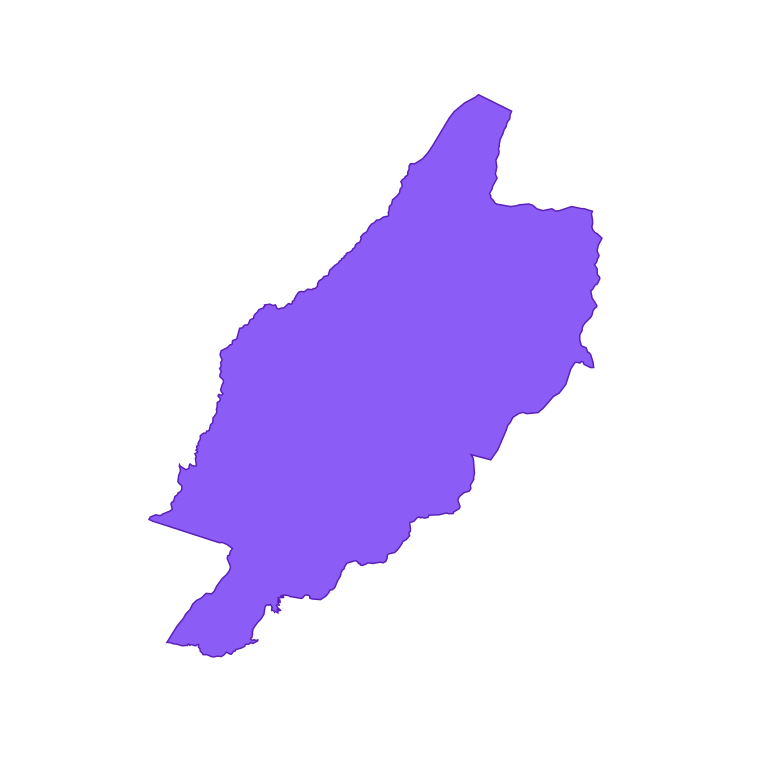 Guachipas, Salta, Argentina, rotated 12°
{"feature_id": "61730980B8942789897843", "entity_name": "Guachipas", "entity_type": "district", "adm_level": 2, "iso_a3": "ARG", "parent_name": "Argentina", "parent_adm1": "Salta", "projection": "orthographic", "projection_center": [-65.567, -25.704], "detail": "fine", "context": "isolated", "style": "filled", "palette": "violet", "viewbox_px": 768, "rotation_deg": 12, "n_neighbors": 0, "source": "geoboundaries", "source_scale": "gbopen_adm2", "svg_char_len": 6164}
<svg xmlns="http://www.w3.org/2000/svg" viewBox="0 0 768 768"><g transform="rotate(12 384 384)"><path d="M200.8,505.6L200.9,507.3L202.3,509.1L202.9,511.6L202.2,516.4L202.6,521.9L203.5,523.3L207.5,525.8L208.0,529.0L207.6,531.2L205.1,533.5L204.9,535.3L202.8,537.6L202.6,542.1L200.9,544.1L200.6,545.7L202.9,550.5L201.3,552.6L194.2,557.5L193.6,558.6L191.8,559.4L187.9,559.4L182.9,562.9L182.3,565.4L186.7,566.3L255.8,573.5L259.0,572.6L263.7,573.6L269.9,576.4L268.4,580.1L268.5,583.4L266.9,584.4L266.9,587.3L271.2,593.5L272.0,595.9L271.5,598.8L269.5,603.4L266.2,607.9L262.4,616.4L261.1,621.9L259.0,625.1L253.5,625.8L249.8,631.4L245.7,634.6L242.7,639.0L241.1,645.2L237.9,650.2L236.5,655.0L231.8,664.2L225.4,681.9L229.0,681.4L231.6,681.9L235.6,681.5L241.0,682.0L246.2,680.5L246.3,679.4L247.0,678.9L248.2,679.9L250.2,678.9L253.3,679.3L254.5,679.1L254.7,678.3L256.8,677.4L257.2,679.9L258.9,681.2L259.9,683.7L261.8,684.7L263.3,686.3L267.3,685.6L272.1,686.6L274.4,686.3L277.7,684.8L281.6,684.4L284.1,681.8L285.5,679.1L289.7,680.2L291.0,679.9L292.3,676.9L293.9,676.1L294.4,674.5L299.1,672.1L302.2,669.7L302.6,667.5L306.0,666.5L307.2,664.8L309.8,665.0L313.8,661.6L313.7,660.6L312.1,661.5L310.2,661.1L308.3,662.1L306.5,661.4L306.5,660.5L307.5,659.3L307.3,655.2L306.5,653.8L307.0,652.9L306.7,651.6L307.9,648.0L310.0,643.4L312.5,639.5L314.4,634.4L314.0,627.0L314.5,625.3L315.7,624.1L317.3,624.4L318.8,623.3L321.2,625.8L320.8,626.4L321.2,628.9L322.9,628.4L324.4,629.9L324.6,629.3L325.9,629.3L327.8,629.9L327.4,628.1L329.8,627.0L329.4,626.5L326.4,627.0L326.4,626.4L327.9,626.1L328.0,625.7L327.2,625.5L324.7,622.9L325.8,621.8L327.2,622.3L327.5,621.9L325.1,618.7L325.3,617.5L325.9,617.5L327.2,619.2L327.8,619.1L327.0,616.8L325.1,615.9L324.9,615.0L327.7,614.4L327.0,613.2L327.7,612.2L328.3,612.3L328.9,614.0L329.9,613.9L330.2,613.4L329.3,612.4L329.5,611.3L334.4,610.8L336.4,611.4L348.0,610.9L349.0,609.9L350.5,607.0L352.2,606.4L355.3,606.6L356.1,609.0L358.6,609.2L366.8,608.1L371.3,603.5L373.3,599.6L374.0,596.8L376.2,596.0L378.2,593.4L379.6,585.7L381.3,580.9L381.2,577.6L382.1,574.6L383.4,573.0L383.5,570.9L385.0,566.9L392.8,562.7L394.9,563.3L396.4,564.9L397.8,564.5L398.5,566.0L400.7,565.9L404.2,563.6L405.2,562.3L410.7,561.8L417.2,559.1L420.3,559.1L422.6,557.2L423.3,553.9L422.8,550.8L423.7,549.3L429.5,546.6L431.7,543.4L434.4,537.4L435.2,534.2L438.2,531.5L440.6,527.0L439.2,524.6L440.4,522.5L440.0,519.9L438.1,515.2L438.3,514.0L441.7,512.2L444.3,507.8L446.1,506.7L447.5,507.4L449.0,506.5L451.2,506.8L454.6,505.5L455.4,502.9L465.0,500.5L471.8,497.2L474.3,497.4L478.5,496.4L478.9,494.5L483.1,490.7L483.9,489.1L483.7,487.8L480.6,482.7L480.4,480.9L481.1,478.5L484.8,473.7L489.7,471.0L490.7,468.2L489.6,465.3L489.7,464.3L491.6,458.7L491.0,455.9L491.1,452.8L487.5,440.3L486.3,437.5L483.9,435.0L504.2,436.0L509.0,424.6L513.2,403.4L513.5,399.2L515.5,395.3L517.0,389.8L521.8,385.0L525.5,382.9L530.0,383.3L540.7,379.9L544.9,374.3L552.3,361.0L557.3,356.4L561.9,346.7L563.6,330.4L566.3,323.2L569.4,322.5L570.6,322.9L571.7,322.4L572.3,320.9L574.7,321.3L575.0,322.6L575.9,323.3L582.6,325.0L585.7,324.3L584.0,319.4L580.0,312.2L577.9,310.6L576.6,310.5L574.2,306.5L569.1,305.6L566.3,300.3L565.3,295.2L566.7,290.4L566.2,288.3L566.8,285.1L567.8,282.7L572.5,275.5L573.2,272.8L573.1,269.6L574.1,266.5L576.0,264.3L575.8,262.9L569.6,256.5L566.9,249.8L568.3,248.2L569.9,243.4L571.9,241.8L573.2,236.2L572.6,234.6L569.8,232.5L568.6,227.1L565.1,223.4L566.2,221.7L566.8,219.3L566.6,217.7L567.4,215.8L567.6,213.5L564.7,209.5L564.8,203.6L566.9,196.1L561.1,192.5L558.9,192.0L556.4,190.1L554.6,187.0L554.8,184.3L553.9,180.2L551.5,174.3L552.0,171.7L543.0,170.9L541.2,171.4L530.6,171.4L519.5,178.0L516.0,179.2L511.8,177.7L503.3,181.4L497.1,180.9L492.5,178.3L488.1,177.8L478.6,180.8L476.9,182.0L471.0,184.1L457.1,184.6L454.9,184.0L452.9,181.8L449.5,179.4L449.4,177.8L447.6,175.7L449.2,170.6L449.2,167.8L451.7,159.6L451.6,158.7L449.3,155.6L449.2,148.2L446.9,141.9L448.4,135.4L448.3,133.3L447.0,129.5L447.4,127.4L446.9,125.7L446.8,120.4L448.3,114.3L448.6,110.1L449.9,107.2L450.0,102.5L451.9,98.6L451.4,94.5L452.1,90.6L416.3,81.4L413.8,84.4L404.4,92.3L395.9,103.1L392.6,110.1L381.9,141.2L378.9,148.6L375.0,155.6L368.5,162.0L364.1,163.1L363.2,165.7L363.9,168.5L363.2,171.9L363.7,173.9L363.5,175.0L361.5,177.0L361.7,178.0L359.9,179.8L358.4,182.6L359.8,184.3L360.8,187.1L359.3,190.0L359.4,193.9L357.3,197.9L354.0,202.1L354.1,206.8L352.7,208.4L352.3,209.8L352.9,213.4L352.5,215.4L353.4,217.6L353.1,219.0L348.9,220.7L345.3,224.4L342.7,225.2L340.8,228.4L338.5,230.2L336.5,234.5L335.6,238.6L332.6,241.4L330.6,245.0L331.4,246.5L330.9,250.2L328.4,252.1L327.3,253.8L327.0,256.8L325.4,258.3L325.0,260.0L323.0,262.2L320.8,263.3L319.9,264.7L320.0,266.1L318.5,267.2L318.6,268.8L316.5,270.2L316.5,271.6L314.7,273.3L314.4,275.0L311.0,278.6L307.3,283.9L306.8,289.6L302.9,291.3L301.9,293.8L299.1,296.6L298.3,299.3L298.5,302.5L297.1,304.6L294.9,305.5L293.9,306.7L289.7,307.1L286.8,310.4L283.6,310.7L281.4,312.0L279.6,316.2L278.5,320.9L277.2,322.3L277.4,324.3L276.2,325.5L274.4,325.0L273.7,325.4L270.2,330.4L267.7,331.1L265.3,332.6L263.6,332.2L261.4,329.2L258.9,330.3L255.8,329.6L250.7,331.5L251.3,332.9L250.2,333.6L250.2,334.8L246.2,337.2L245.0,340.3L243.3,342.6L242.7,344.6L242.7,346.9L239.7,349.1L238.7,353.9L238.1,354.6L235.7,355.2L234.6,356.4L233.9,358.5L231.2,359.5L230.6,370.2L229.8,371.2L227.1,372.8L226.8,373.7L227.2,376.3L226.5,377.3L225.3,377.6L223.3,380.9L217.9,385.2L217.5,388.4L217.9,390.2L220.7,394.1L219.8,397.1L221.0,400.4L220.0,403.1L221.7,404.7L222.2,406.2L221.6,408.7L221.9,410.9L226.0,413.4L226.6,416.0L225.9,417.9L225.4,423.9L226.6,425.5L228.6,426.9L227.2,429.1L224.8,428.5L224.1,429.4L224.2,430.3L226.8,432.3L227.2,433.3L226.4,435.3L224.7,436.7L225.6,441.7L225.3,443.9L226.2,445.7L226.1,447.8L223.8,452.9L224.6,457.2L222.8,459.9L222.7,465.4L221.6,466.6L220.4,466.9L219.9,469.1L217.7,469.6L215.0,472.9L215.8,475.8L214.4,480.9L215.3,482.4L213.7,483.9L214.0,485.2L215.0,486.1L213.8,487.8L215.7,488.8L215.8,489.6L213.5,491.5L215.6,494.2L215.0,496.0L217.5,502.9L215.8,503.8L212.9,503.5L211.0,502.5L210.5,503.9L210.7,507.1L208.1,509.0L201.7,506.7L200.8,505.6Z" fill="#8b5cf6" stroke="#5b21b6" stroke-width="1.5"/></g></svg>